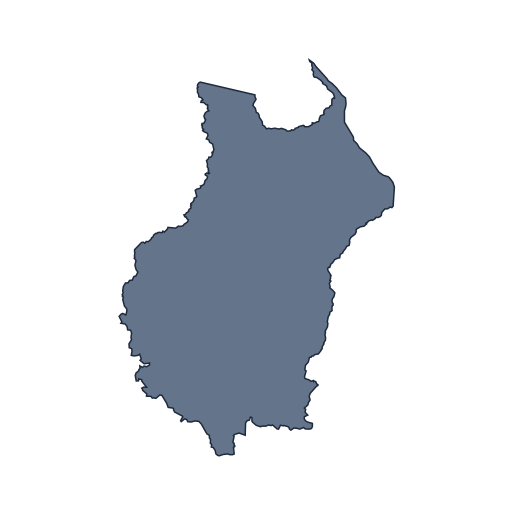 outline of Santa Maria das Barreiras, Pará, Brazil, rotated 283°
{"feature_id": "56859067B47432840261489", "entity_name": "Santa Maria das Barreiras", "entity_type": "district", "adm_level": 2, "iso_a3": "BRA", "parent_name": "Brazil", "parent_adm1": "Pará", "projection": "mercator", "projection_center": [-50.26, -8.642], "detail": "fine", "context": "isolated", "style": "filled", "palette": "slate", "viewbox_px": 512, "rotation_deg": 283, "n_neighbors": 0, "source": "geoboundaries", "source_scale": "gbopen_adm2", "svg_char_len": 6087}
<svg xmlns="http://www.w3.org/2000/svg" viewBox="0 0 512 512"><g transform="rotate(283 256 256)"><path d="M369.4,174.5L368.0,175.4L367.8,176.3L366.9,176.5L366.4,175.8L365.6,176.6L364.7,180.9L363.9,181.6L362.4,182.1L358.9,181.2L358.5,184.0L356.4,185.2L355.3,188.6L350.2,191.0L347.6,190.7L347.4,190.0L346.6,189.8L346.5,190.7L343.4,190.5L342.0,189.5L341.8,187.9L340.1,187.8L337.8,186.3L334.8,188.0L331.8,188.5L330.5,190.0L329.6,189.9L328.8,190.6L327.9,190.3L326.0,192.0L325.5,191.4L326.0,189.6L324.4,188.0L323.5,188.4L322.7,190.9L320.3,190.9L318.1,189.4L314.6,189.3L313.1,188.3L311.7,186.2L311.2,186.8L309.6,186.5L307.8,183.2L306.3,182.0L300.7,184.9L300.0,184.6L298.4,182.7L296.5,183.0L294.2,182.2L292.5,180.7L291.7,180.8L291.4,181.6L289.9,181.0L288.5,181.8L287.6,181.7L286.5,180.4L284.8,180.0L284.1,180.4L282.2,178.3L280.6,178.0L279.9,176.5L278.5,177.6L278.0,178.4L278.4,179.1L276.8,180.3L275.9,182.0L273.6,181.5L270.7,178.8L268.9,178.0L267.7,175.2L267.7,173.6L265.1,171.5L264.1,163.8L262.4,163.6L258.7,161.4L259.3,159.7L257.6,159.3L257.3,156.3L256.6,154.9L255.4,154.0L255.5,153.2L253.6,151.7L250.9,151.1L250.5,150.3L248.7,149.9L246.4,148.3L245.7,147.7L245.5,145.8L243.4,144.8L244.1,143.2L243.4,141.4L234.9,136.3L232.7,136.7L232.0,137.3L228.6,137.5L227.3,138.3L226.5,137.8L224.6,140.1L219.8,140.1L216.0,142.1L213.7,144.5L209.3,143.4L208.8,141.9L208.2,141.5L204.7,140.9L203.8,138.3L201.0,137.3L200.4,134.9L196.3,133.6L191.7,134.0L190.3,134.9L188.0,134.3L187.2,135.3L186.4,135.0L185.8,136.1L183.5,136.0L177.6,139.1L175.4,141.9L174.0,142.5L169.3,142.5L170.1,139.1L169.0,137.7L166.4,136.2L161.5,140.2L160.1,139.5L160.3,143.8L158.5,146.1L155.1,147.6L155.5,150.5L152.9,152.1L148.1,152.6L146.6,153.6L141.9,152.0L138.1,153.1L137.7,155.7L135.5,156.6L131.1,156.8L131.2,159.7L132.6,163.3L134.1,164.8L129.9,167.3L128.2,166.5L125.8,171.3L127.8,176.4L125.9,176.7L123.5,174.4L123.6,171.7L121.9,170.4L122.8,167.5L120.4,168.3L118.9,167.4L117.8,167.6L115.2,165.5L112.5,165.2L107.3,167.4L107.9,169.6L109.8,169.4L109.8,172.4L108.4,172.9L103.5,178.9L102.9,175.9L101.5,174.4L100.6,175.5L99.6,175.8L97.0,180.7L94.8,180.8L95.6,185.4L94.2,186.9L94.7,187.9L94.8,190.5L98.9,193.5L99.0,195.7L92.4,202.1L88.7,204.5L89.1,209.1L88.8,209.9L87.3,210.4L85.6,211.9L83.5,220.2L82.8,220.8L78.6,219.6L77.8,220.4L81.2,223.1L81.2,225.1L79.2,226.8L79.7,230.3L81.5,233.5L82.0,237.5L80.0,240.5L71.7,248.1L70.8,250.9L68.2,251.5L67.0,253.0L63.3,253.6L62.3,255.2L59.8,255.4L59.7,257.5L57.3,260.0L54.2,261.4L53.2,263.3L53.0,265.0L55.2,268.6L56.8,273.0L56.5,275.0L57.1,277.8L58.2,279.3L64.5,277.1L65.4,278.1L66.3,278.1L66.7,277.2L68.6,276.8L68.9,275.7L69.6,275.4L75.4,275.2L76.0,274.4L77.5,275.5L79.7,279.4L78.9,285.8L91.0,283.4L93.5,284.4L94.6,286.5L97.8,286.8L97.6,288.4L94.1,289.2L93.3,290.1L91.1,294.2L90.6,298.8L91.6,300.1L92.5,304.0L94.2,306.3L94.1,308.7L95.1,310.2L92.3,315.3L92.3,316.9L96.6,317.9L96.6,320.6L97.1,321.1L96.9,325.5L96.3,326.7L94.8,327.6L94.2,329.2L96.8,331.5L97.3,334.0L97.2,337.6L99.6,341.0L98.6,342.8L99.3,346.8L100.2,348.6L101.1,349.1L102.7,349.3L105.6,348.6L105.8,343.5L106.6,341.2L108.3,339.6L110.3,339.3L112.6,342.2L114.5,339.4L115.4,338.8L117.8,338.9L118.7,337.3L122.4,340.0L125.2,340.1L127.8,341.1L131.2,339.4L134.4,339.7L142.6,344.2L143.8,345.5L144.6,345.3L145.1,343.7L146.7,342.8L147.1,342.1L147.2,341.2L146.6,340.5L147.6,340.0L146.3,337.9L147.3,335.4L147.6,331.3L149.3,330.4L155.3,330.7L156.0,329.3L157.0,329.1L160.6,328.8L164.5,330.8L169.2,330.9L169.9,332.6L171.0,332.9L171.5,334.4L173.1,335.3L174.6,338.8L178.8,340.7L179.7,340.6L180.3,341.3L182.9,341.0L185.7,342.0L186.3,341.5L189.7,342.6L192.3,342.1L194.7,340.9L197.3,340.9L198.2,340.3L203.0,341.6L206.5,341.2L207.9,340.3L213.0,340.0L215.9,340.9L217.8,340.5L219.8,342.4L223.1,341.5L224.9,341.6L225.4,342.2L227.0,341.8L228.1,340.5L229.1,340.2L231.5,340.1L234.0,341.1L237.9,341.1L239.9,338.4L241.6,335.0L242.6,335.2L245.9,333.6L248.4,334.6L248.9,333.4L250.9,333.7L253.2,333.1L253.7,333.6L258.3,329.2L260.1,328.6L261.6,329.7L261.4,330.4L265.0,330.8L266.7,332.2L270.1,333.4L272.3,336.1L273.0,337.9L276.6,337.8L278.5,339.8L280.1,339.9L283.1,341.5L285.8,342.2L287.4,344.4L290.9,344.2L291.6,343.6L294.2,343.8L295.9,344.6L299.7,347.7L302.2,348.2L304.2,347.6L305.0,348.1L307.9,351.1L309.4,354.6L312.1,356.5L312.7,355.7L313.6,357.0L315.4,357.7L317.1,360.6L316.9,361.4L318.9,363.5L320.4,364.0L321.2,366.6L322.4,368.2L324.0,369.0L326.7,368.7L330.9,371.0L331.5,373.5L333.9,375.9L333.7,377.5L335.4,378.4L354.4,375.3L358.7,372.7L362.2,368.5L363.0,366.9L363.3,362.0L365.3,356.9L372.6,349.1L378.0,344.3L381.1,339.8L384.7,332.4L388.1,329.2L390.6,325.1L393.6,324.2L394.7,323.3L406.3,312.1L417.4,309.5L421.6,309.8L424.9,309.4L430.2,307.6L432.2,303.4L438.0,296.5L441.2,291.3L443.0,286.9L444.7,285.3L454.2,271.7L456.8,268.9L459.0,263.8L457.6,264.6L456.6,267.0L454.2,267.5L451.8,268.9L450.1,268.5L448.5,270.7L445.9,270.9L443.9,271.9L443.4,272.8L443.6,275.0L441.9,279.4L440.0,282.1L439.1,282.1L437.7,286.3L434.7,288.4L432.3,294.1L429.3,296.5L428.3,296.4L427.6,297.1L427.0,296.5L427.2,295.8L425.8,294.7L420.1,295.9L418.6,294.3L416.9,293.9L415.7,291.1L413.2,289.6L410.6,289.8L409.9,290.5L408.8,289.9L407.2,287.3L404.6,286.8L401.6,287.0L400.9,286.5L400.5,285.3L398.2,282.6L398.6,281.7L398.4,280.8L396.7,281.2L393.7,277.9L392.9,274.1L393.7,273.7L394.0,272.8L391.7,268.5L390.9,268.3L389.1,265.4L388.2,265.3L387.0,264.2L386.9,262.1L386.1,261.9L385.1,260.0L384.8,258.1L385.7,256.6L386.1,252.1L384.8,249.6L384.8,245.7L383.3,242.1L383.4,239.7L382.2,237.7L384.4,235.1L385.1,232.9L388.2,231.9L391.9,228.1L393.8,227.4L395.6,225.9L396.0,224.0L399.8,222.1L401.8,219.3L403.8,219.2L408.8,220.8L410.6,219.3L412.8,218.7L412.9,162.5L411.6,161.2L409.8,160.6L408.5,160.6L407.4,161.7L406.4,160.8L404.7,161.7L402.3,162.1L401.0,163.5L398.3,164.5L397.9,167.1L396.3,169.2L395.0,167.8L393.3,167.7L393.8,170.5L392.1,173.7L392.5,174.5L392.0,175.2L390.3,175.2L389.6,175.8L388.7,175.4L386.8,177.4L386.0,175.9L384.0,174.4L382.3,174.0L380.6,173.8L378.1,175.2L377.8,176.1L376.8,176.2L373.6,175.3L373.0,173.6L371.4,173.6L371.2,174.4L369.4,174.5Z" fill="#64748b" stroke="#1e293b" stroke-width="1.5"/></g></svg>